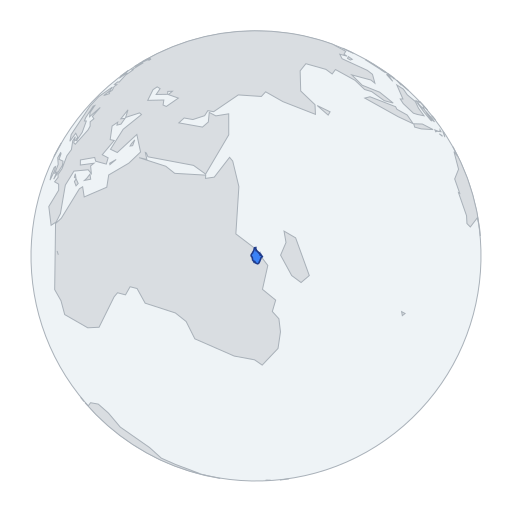 Cabo Delgado on an orthographic globe, rotated 319°
{"feature_id": "MOZ-1198", "entity_name": "Cabo Delgado", "entity_type": "Province", "adm_level": 1, "iso_a3": "MOZ", "parent_name": "Mozambique", "parent_adm1": "", "projection": "orthographic", "projection_center": [39.387, -12.31], "detail": "fine", "context": "on_globe", "style": "filled", "palette": "blue", "viewbox_px": 512, "rotation_deg": 319, "n_neighbors": 0, "source": "natural_earth", "source_scale": "10m", "svg_char_len": 8411}
<svg xmlns="http://www.w3.org/2000/svg" viewBox="0 0 512 512"><g transform="rotate(319 256 256)"><circle cx="256" cy="256" r="225" fill="#eef3f6" stroke="#a8b0b8"/><path d="M30.9,247.6L30.8,248.8L30.7,253.0L30.9,247.6ZM30.7,255.2L30.9,255.2L30.9,259.1L34.9,258.2L39.8,264.3L41.6,277.8L41.3,296.0L50.0,330.7L51.9,346.4L58.4,360.3L70.4,382.5L70.8,384.2L76.9,392.3L82.2,399.3L83.1,400.4L73.4,388.0L64.7,374.9L56.8,361.2L49.9,347.1L44.1,332.4L39.3,317.5L35.5,302.2L32.8,286.6L31.2,271.0L30.7,255.2ZM127.1,440.8L129.9,442.6L134.7,445.8L134.3,445.6L127.1,440.8ZM119.2,434.5L115.9,431.5L117.0,432.1L119.5,434.4L119.2,434.5ZM426.5,108.8L427.2,109.6L431.9,115.2L432.3,115.8L436.3,120.9L437.8,123.0L444.8,133.1L447.5,137.3L452.7,146.2L458.0,160.4L454.8,161.4L455.8,164.9L451.6,158.7L450.4,163.6L461.8,188.9L463.1,195.3L459.1,203.6L458.2,198.6L447.1,182.1L448.2,196.8L456.8,213.5L459.9,230.6L454.7,222.9L451.2,207.9L447.2,201.6L446.0,188.4L438.3,167.4L432.9,168.6L431.2,161.0L419.8,143.6L410.8,145.2L398.0,160.8L399.8,180.5L393.8,188.1L377.6,157.2L371.0,138.4L364.7,139.1L348.3,122.8L318.7,119.3L315.0,114.7L309.3,116.4L297.9,111.6L292.3,104.7L285.1,104.9L300.2,123.6L307.9,123.6L314.9,117.0L317.6,123.9L328.7,130.8L314.9,146.7L271.7,161.1L268.3,146.6L239.5,110.2L240.8,106.4L240.7,105.9L240.4,105.2L237.0,111.5L232.3,105.1L246.8,129.1L248.9,140.3L271.1,162.0L268.8,164.3L276.2,169.1L300.8,164.2L300.7,169.1L288.6,192.4L255.3,226.1L260.2,249.9L258.7,270.9L239.0,285.4L241.9,302.2L231.9,308.6L232.1,318.4L224.7,329.3L212.0,340.2L189.1,342.4L186.8,333.4L173.9,317.2L155.5,278.4L160.3,259.6L157.8,246.1L141.4,218.9L144.9,202.5L140.8,196.6L132.0,199.7L127.4,192.9L122.2,193.7L90.8,206.8L81.9,199.8L73.2,174.7L79.5,161.8L82.0,149.3L126.0,100.0L133.8,99.8L166.8,89.4L170.6,90.0L165.1,98.7L188.5,106.2L198.0,98.2L220.9,102.5L237.1,101.8L245.8,86.1L219.2,86.9L216.2,80.0L238.9,73.2L262.4,74.1L262.0,71.6L248.5,65.9L255.3,61.7L244.0,63.8L247.5,66.2L240.6,67.9L236.9,66.0L239.4,64.3L232.7,63.5L222.3,72.5L224.8,75.8L206.4,78.7L208.8,84.9L203.3,88.4L197.2,79.3L198.9,75.8L186.5,68.3L183.1,72.1L194.6,79.7L190.3,79.5L185.8,85.8L185.9,80.8L174.3,72.5L158.6,77.4L136.2,95.7L127.6,99.2L121.5,98.4L132.1,82.7L150.2,76.9L154.2,72.3L152.7,67.9L158.3,66.8L159.9,64.7L167.0,62.8L179.0,56.3L186.5,54.6L193.3,48.8L198.0,47.4L192.7,51.0L192.9,53.1L211.8,50.7L216.0,49.2L218.9,45.9L223.7,46.1L224.1,43.3L235.9,41.7L221.8,41.7L224.9,38.9L233.1,36.7L231.5,36.1L218.1,39.9L215.1,41.5L216.5,42.8L205.9,48.7L199.0,50.5L200.5,45.1L190.8,47.3L196.2,43.1L229.2,33.9L241.9,32.5L258.5,34.3L254.4,35.4L246.3,35.0L251.9,37.3L252.3,36.1L256.3,36.6L260.2,35.0L263.3,35.4L261.8,33.6L266.0,33.9L266.8,35.0L276.1,33.9L285.3,34.9L285.9,34.6L284.0,33.9L296.9,36.1L296.8,35.9L292.6,35.0L289.6,34.0L289.4,33.4L293.9,34.2L294.5,34.5L302.7,36.7L303.8,38.1L305.6,38.4L305.7,37.5L295.8,34.6L294.4,34.1L299.8,35.3L297.7,34.8L298.4,34.9L303.3,35.8L297.7,34.6L297.8,34.6L314.2,38.4L330.2,43.3L345.9,49.4L361.1,56.7L375.7,65.1L389.6,74.6L402.7,85.1L415.1,96.5L426.5,108.8ZM109.2,121.7L107.6,125.4L109.2,121.7ZM286.4,84.3L301.0,85.9L295.8,76.7L301.0,76.8L297.4,73.9L295.4,76.0L286.6,68.6L293.4,66.8L292.4,63.5L287.4,62.9L276.4,67.5L288.8,77.8L284.9,81.1L286.4,84.3ZM161.9,56.7L163.5,57.0L159.8,59.6L150.3,63.6L155.7,59.7L161.9,56.7ZM166.8,57.1L170.9,51.7L176.9,49.6L172.9,51.6L176.4,50.7L170.8,53.8L172.6,57.8L169.4,60.6L153.7,65.3L160.6,62.0L158.5,61.5L166.8,57.1ZM175.9,45.5L183.3,42.9L180.3,44.2L170.7,47.7L168.6,48.4L170.7,47.5L171.5,47.2L175.9,45.5ZM176.1,86.4L179.2,86.3L184.4,85.3L181.6,89.6L176.1,86.4ZM167.8,80.7L170.8,79.8L169.4,84.6L166.2,85.0L167.8,80.7ZM173.6,75.4L171.1,79.3L170.5,77.5L173.6,75.4ZM195.6,50.3L198.9,49.4L198.8,50.1L196.4,51.5L195.6,50.3ZM240.7,88.8L235.3,91.8L233.1,90.4L235.4,89.6L240.7,88.8ZM206.5,90.0L213.8,91.4L205.7,91.2L206.5,90.0ZM329.4,393.5L330.8,397.2L327.3,397.0L329.4,393.5ZM297.8,268.3L283.4,305.7L272.6,305.6L270.1,294.2L275.1,271.5L287.5,265.5L293.5,255.6L297.8,268.3ZM474.5,284.0L475.4,287.0L475.2,288.0L474.5,284.0ZM473.7,278.2L475.1,280.9L473.1,280.2L473.7,278.2ZM475.6,281.9L477.0,282.3L477.6,281.6L477.2,283.6L475.6,281.9ZM472.6,276.8L464.2,268.6L460.3,262.8L461.8,259.7L468.1,265.5L472.6,276.8ZM461.4,259.3L454.7,244.2L441.7,208.2L446.5,210.6L459.3,234.9L458.6,237.7L462.6,248.8L461.4,259.3ZM475.6,251.1L474.8,260.4L470.7,255.1L468.5,251.5L467.1,237.6L467.9,232.1L469.9,233.9L474.5,219.3L476.7,226.8L475.9,233.6L477.6,243.9L475.6,251.1ZM400.9,182.6L406.5,195.8L402.9,197.0L400.9,182.6ZM474.3,207.7L473.8,213.9L473.6,204.5L474.3,207.7ZM472.9,198.2L474.0,202.8L472.4,197.4L472.9,198.2ZM457.7,170.7L455.8,170.0L454.7,166.9L456.5,166.1L457.7,170.7ZM457.8,156.0L461.6,164.4L462.5,167.0L459.8,160.9L457.8,156.0ZM281.4,32.2L275.9,31.8L274.8,32.3L279.2,33.2L270.5,32.2L272.2,31.4L281.0,32.1L281.4,32.2ZM439.5,386.6L438.4,388.1L442.3,382.7L439.5,386.6ZM442.7,382.1L439.6,386.4L445.1,378.1L448.0,372.4L436.8,374.7L436.5,369.9L441.3,363.8L450.4,341.0L450.9,342.3L456.5,328.2L465.8,323.4L473.9,307.1L473.6,313.0L476.4,302.7L472.1,319.5L466.6,336.0L459.8,351.9L451.8,367.4L442.7,382.1ZM476.5,290.2L478.4,285.4L478.7,286.4L476.5,290.2ZM480.7,266.0L480.6,268.5L480.5,265.4L480.7,266.0ZM480.8,271.1L480.8,267.8L480.9,265.9L480.8,270.5L480.8,271.1ZM478.4,247.4L478.8,254.4L480.0,253.3L479.0,256.7L479.2,268.8L478.6,272.0L478.6,259.1L477.5,269.8L476.9,268.3L477.2,257.9L478.1,247.4L478.7,243.9L480.6,247.1L478.4,247.4ZM481.2,258.4L481.1,250.4L481.0,246.4L481.2,251.1L481.2,258.4ZM479.7,231.3L478.0,221.2L477.6,222.3L477.5,215.4L479.2,226.1L479.7,231.3ZM476.7,212.3L476.4,213.1L476.0,208.8L476.7,212.3ZM475.7,210.0L474.6,204.5L475.4,206.7L475.7,210.0ZM477.1,213.5L475.3,204.8L476.7,210.9L477.1,213.5ZM471.4,192.2L475.0,203.9L472.2,196.2L467.2,179.3L468.0,180.6L471.4,192.2Z" fill="#d9dde1" stroke="#a8b0b8" stroke-width="1"/><path d="M255.4,251.5L255.5,251.5L256.4,250.8L256.5,250.8L256.8,250.8L257.4,250.6L257.5,250.6L257.9,250.3L258.3,250.1L258.9,249.7L259.0,249.7L259.3,249.3L259.5,249.2L259.9,249.0L260.0,248.9L260.3,248.8L260.4,249.0L260.5,249.2L260.6,249.3L260.6,249.5L260.8,249.5L260.7,249.6L260.2,249.9L260.3,250.1L260.7,250.2L260.8,250.2L260.7,250.3L260.4,250.5L260.3,250.8L260.3,251.0L260.4,250.9L260.5,250.9L260.5,251.0L260.4,251.2L260.3,251.4L260.3,251.5L260.0,251.9L259.9,252.0L259.7,252.1L259.8,252.2L259.8,252.3L259.8,252.2L260.0,252.3L260.2,252.5L260.1,252.8L260.1,253.0L260.1,253.3L260.0,253.5L260.2,253.8L260.2,254.0L260.3,254.2L260.3,254.3L260.2,254.4L260.3,254.5L260.4,254.8L260.3,255.0L260.3,255.3L260.4,255.5L260.2,255.8L260.1,255.7L260.1,255.8L260.3,255.9L260.3,256.0L260.3,256.3L260.5,256.3L260.4,256.4L260.3,256.5L260.2,256.7L260.2,256.8L260.3,256.8L260.5,256.9L260.5,257.1L260.7,257.3L260.6,257.6L260.8,257.7L260.8,257.8L260.7,257.9L260.5,258.0L260.4,258.0L260.5,258.1L260.4,258.3L260.2,258.2L260.2,258.3L259.9,258.5L260.1,258.8L260.3,258.8L260.3,258.7L260.2,258.5L260.3,258.5L260.5,258.6L260.6,258.8L260.5,259.0L260.5,259.3L260.5,259.7L260.5,259.8L260.4,259.8L260.5,259.8L260.5,260.2L260.5,260.4L260.4,260.4L260.4,260.6L260.3,260.8L260.2,260.8L260.1,260.7L259.8,260.5L259.6,260.5L259.3,260.6L259.2,260.6L258.9,260.5L258.7,260.6L258.4,260.7L258.4,260.8L258.2,260.9L258.1,261.0L257.9,261.3L257.7,261.4L257.4,261.3L257.1,261.5L256.8,261.6L256.7,261.7L256.4,261.8L256.3,262.0L256.2,262.0L255.9,262.1L255.7,262.2L255.5,262.3L255.4,262.4L255.3,262.5L255.2,262.4L254.9,262.4L254.8,262.5L254.7,262.6L254.4,262.7L254.3,262.9L254.1,262.9L253.9,263.1L253.6,263.1L253.4,263.2L252.8,263.2L252.7,263.2L252.4,263.1L252.1,263.0L252.0,262.9L251.8,262.5L251.8,262.4L251.7,262.3L251.7,262.2L251.4,261.7L251.3,261.3L251.3,261.2L251.2,261.1L251.2,260.9L251.2,260.7L250.9,260.6L250.9,260.4L250.9,260.2L251.0,260.2L251.3,260.0L251.3,259.9L251.4,259.7L251.5,259.4L251.5,259.2L251.4,259.2L251.2,259.3L251.0,259.2L250.9,259.1L250.6,259.1L250.7,258.9L250.7,258.7L250.7,258.4L250.7,258.2L250.8,258.0L250.8,257.9L250.8,257.7L250.8,257.4L250.8,257.1L250.8,256.9L250.8,256.7L251.0,256.6L251.1,256.4L251.3,256.2L251.4,255.9L251.4,255.7L251.5,255.6L251.8,255.4L252.0,255.2L252.0,254.9L252.2,254.7L252.3,254.6L252.3,254.4L252.4,254.2L252.3,253.9L252.2,253.8L252.2,253.7L252.2,253.4L252.3,253.2L252.4,252.8L252.4,252.7L252.6,252.5L252.6,252.4L253.0,252.1L253.2,251.9L253.3,251.9L253.5,251.9L253.8,251.7L254.0,251.6L254.7,251.5L254.9,251.5L255.0,251.4L255.2,251.5L255.3,251.5L255.4,251.5Z" fill="#3b82f6" stroke="#1e3a8a" stroke-width="1.5"/></g></svg>